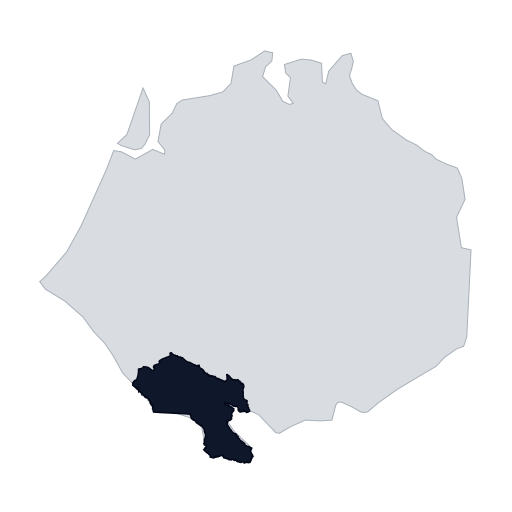 Kailahun, Eastern, Sierra Leone (highlighted), rotated 93°
{"feature_id": "65957751B248885957650", "entity_name": "Kailahun", "entity_type": "district", "adm_level": 2, "iso_a3": "SLE", "parent_name": "Sierra Leone", "parent_adm1": "Eastern", "projection": "orthographic", "projection_center": [-10.677, 8.06], "detail": "fine", "context": "in_parent", "style": "filled", "palette": "ink", "viewbox_px": 512, "rotation_deg": 93, "n_neighbors": 0, "source": "geoboundaries", "source_scale": "gbopen_adm2", "svg_char_len": 7683}
<svg xmlns="http://www.w3.org/2000/svg" viewBox="0 0 512 512"><g transform="rotate(93 256 256)"><path d="M461.7,251.4L461.3,255.7L457.4,275.6L451.2,292.7L447.1,296.9L429.6,301.4L422.2,308.9L415.7,333.2L411.6,352.3L405.6,355.5L379.8,383.0L363.0,393.5L351.2,402.4L340.1,414.1L326.1,425.5L311.0,444.6L300.2,464.5L292.9,470.7L287.4,465.1L261.8,445.3L234.8,432.1L177.4,409.9L158.2,403.6L159.0,395.8L165.6,381.6L155.0,364.7L159.2,352.6L155.0,352.6L146.8,359.9L129.2,357.6L117.7,347.1L108.2,343.2L104.1,337.9L98.2,310.3L93.9,297.8L85.1,290.0L67.5,288.0L60.4,271.1L50.7,258.0L52.3,249.9L60.3,250.4L66.5,256.3L76.5,258.8L89.1,244.7L100.3,237.2L102.9,230.5L101.6,226.8L94.7,232.5L76.2,230.9L71.6,236.0L63.3,237.6L57.0,221.0L57.4,211.3L60.1,200.6L78.8,198.8L80.4,195.4L67.5,193.0L51.4,180.4L48.6,171.8L56.6,169.0L64.3,170.3L70.9,172.2L78.1,169.2L84.9,164.5L89.0,158.5L94.6,142.4L112.1,137.0L122.5,127.2L132.3,111.9L136.9,101.1L141.0,95.7L143.5,91.1L145.5,85.9L149.9,81.3L154.5,69.9L157.7,59.5L167.8,54.5L188.4,50.2L206.9,57.8L237.0,51.3L238.6,41.6L266.1,41.5L298.7,41.4L325.9,41.3L335.2,43.9L338.5,51.2L347.5,62.6L356.8,70.5L368.3,87.9L381.8,108.0L396.3,126.3L405.7,136.2L406.8,139.6L406.1,143.5L401.5,152.8L397.5,162.8L397.9,166.6L400.7,168.5L415.9,171.6L417.3,182.8L417.3,198.2L424.7,212.7L431.8,223.3L431.4,227.0L414.2,245.2L407.5,263.2L404.1,268.2L402.7,272.2L406.2,274.1L410.9,272.9L417.6,274.4L423.9,275.0L432.4,268.5L446.4,252.0L451.1,249.9L461.7,251.4ZM152.7,396.6L150.7,400.2L141.5,391.3L94.2,377.6L107.6,370.6L140.5,368.6L150.3,372.8L154.7,376.3L156.3,382.9L152.7,396.6Z" fill="#d9dde1" stroke="#a8b0b8" stroke-width="1"/><path d="M389.9,372.2L391.5,372.3L391.8,372.0L391.9,371.6L392.3,371.3L392.8,370.4L393.9,369.4L394.1,368.6L393.9,367.0L395.0,368.0L395.8,366.6L396.7,366.2L397.9,365.9L397.4,365.0L399.1,363.0L399.6,363.1L399.9,362.2L400.7,362.4L400.6,361.2L402.0,360.1L401.7,359.6L402.4,359.5L402.2,358.9L403.1,358.8L403.0,358.0L403.6,357.4L403.3,356.6L404.6,355.4L405.0,355.7L405.0,355.0L405.7,355.0L405.6,354.6L405.9,354.4L406.4,354.7L407.3,353.5L407.9,354.0L408.1,353.8L408.6,353.8L408.6,353.4L409.7,353.1L410.2,351.5L410.7,352.1L411.2,351.5L412.0,351.3L412.1,350.8L413.1,351.3L414.1,351.3L414.8,350.7L416.0,350.6L417.2,350.1L417.3,344.2L417.3,316.9L417.5,313.2L418.6,313.1L419.2,312.7L421.6,312.1L423.0,310.2L423.4,308.9L424.4,307.4L425.4,307.1L425.6,306.5L426.0,306.2L426.0,305.7L426.9,304.8L427.1,303.8L427.6,303.7L427.8,302.7L428.7,301.9L428.2,301.3L428.6,300.8L429.7,300.3L432.0,298.6L434.0,298.4L434.1,297.9L435.2,297.9L435.5,297.8L435.6,297.5L437.0,296.9L438.0,297.1L439.0,296.7L439.7,297.3L441.0,297.3L441.5,297.9L442.1,298.0L445.4,297.9L446.0,298.2L446.2,297.7L446.6,297.7L447.2,297.9L447.4,297.7L446.9,297.0L447.3,296.8L447.6,296.1L447.8,296.0L448.3,296.0L448.6,295.6L449.0,295.8L449.4,295.7L449.9,296.4L450.3,296.4L450.1,296.7L451.3,297.5L451.7,297.6L452.2,298.0L452.4,297.4L453.0,297.2L453.3,296.9L454.4,295.6L454.5,295.1L455.0,294.8L455.1,294.4L455.5,294.0L455.7,293.3L456.7,292.6L456.6,292.1L456.8,291.6L457.4,291.6L458.0,291.2L459.1,291.3L459.4,290.5L459.4,290.0L459.5,289.2L459.9,288.3L459.8,287.5L459.0,286.0L458.9,285.2L458.2,285.2L458.2,284.2L458.6,283.6L458.1,283.5L457.9,282.1L457.6,281.6L457.1,280.0L456.7,279.3L457.3,278.9L457.4,278.4L458.0,278.4L459.3,277.5L459.0,276.5L459.5,276.3L459.9,274.5L459.8,274.1L460.2,273.7L459.8,273.1L460.2,272.9L460.2,272.4L460.9,272.2L460.9,271.2L460.4,270.8L460.9,269.8L460.2,269.3L460.3,268.0L460.7,267.9L461.3,266.9L460.9,265.5L461.3,265.2L461.6,264.4L462.0,264.3L462.4,263.7L462.2,262.8L462.4,262.5L462.2,262.1L462.7,261.9L462.8,261.0L463.0,260.2L462.3,259.6L462.0,259.0L463.4,256.9L462.7,255.9L462.9,255.4L462.0,254.1L462.6,253.9L462.8,252.8L462.4,251.2L461.9,251.3L460.7,250.3L460.3,250.3L459.9,250.7L459.8,250.4L459.1,250.3L459.1,250.0L458.6,249.9L458.4,249.6L457.3,249.7L457.3,249.3L456.5,248.5L456.0,248.5L455.8,249.0L454.4,249.3L454.0,250.2L453.2,250.2L451.5,251.6L451.1,251.3L449.9,251.0L448.5,250.2L447.9,250.3L447.5,251.9L447.1,252.2L446.5,253.7L446.5,255.0L446.0,255.7L445.7,256.6L444.6,257.5L443.9,257.5L443.3,258.2L442.4,259.8L441.7,260.6L441.5,261.3L440.9,261.9L440.5,262.4L439.2,263.3L438.9,263.8L438.5,264.2L437.7,264.5L437.1,264.5L437.1,265.4L436.1,265.7L435.1,266.4L434.5,267.3L435.0,268.1L434.0,268.8L433.8,269.5L432.2,271.2L431.2,271.6L430.6,272.6L428.6,273.9L427.6,274.7L426.7,275.2L426.2,276.1L425.1,275.8L424.1,276.5L423.6,275.7L423.2,275.6L422.8,276.3L422.2,275.9L421.8,275.1L421.8,274.4L421.5,273.4L421.0,272.8L419.8,271.8L417.9,272.2L417.1,271.5L416.7,271.5L415.9,272.0L415.0,272.0L412.7,271.4L412.6,270.8L411.3,270.0L410.6,270.4L410.0,270.1L409.6,270.2L409.1,271.5L408.0,272.5L407.9,273.5L407.5,275.0L407.1,274.9L406.7,275.0L406.1,278.0L406.4,278.9L405.6,279.2L405.0,279.6L404.1,279.8L404.5,278.4L404.8,278.2L404.5,277.2L404.7,276.5L405.2,275.9L404.6,275.1L405.6,273.7L405.6,273.0L406.2,272.2L407.3,270.2L407.3,267.2L407.8,266.3L408.8,266.0L409.3,265.4L410.1,265.8L411.5,265.4L411.5,264.7L412.5,264.1L412.7,263.6L412.0,261.6L412.0,260.7L411.8,260.0L411.1,259.9L411.7,259.5L412.1,257.7L412.7,257.3L412.3,256.5L412.5,256.0L412.2,255.7L411.2,254.1L410.2,254.5L409.7,255.0L408.1,255.4L406.9,256.2L404.8,256.4L404.6,257.4L401.0,257.3L400.5,258.3L400.2,259.6L398.5,261.2L396.9,261.3L395.2,261.6L393.3,261.6L390.0,262.1L387.5,261.3L386.5,261.4L385.3,261.7L384.0,262.7L384.5,263.6L384.5,264.4L383.1,264.3L382.9,264.8L381.8,265.7L381.8,266.2L381.5,266.7L380.5,267.4L380.4,267.8L380.9,269.3L380.6,271.2L380.8,272.1L381.2,272.0L380.5,273.2L379.9,273.6L379.3,274.6L376.8,276.9L376.4,277.9L375.9,278.4L376.0,279.0L376.4,279.0L377.0,278.7L377.3,278.8L377.7,278.6L378.5,278.7L379.2,278.3L379.6,278.5L381.1,278.1L381.5,278.4L381.8,279.3L382.0,279.5L382.6,279.5L382.8,279.7L382.7,280.8L383.0,280.9L382.8,281.7L382.5,282.0L382.6,282.5L382.3,282.7L382.7,282.9L381.7,283.8L381.5,284.7L381.6,285.0L381.0,285.6L380.6,286.6L380.9,286.9L380.5,287.0L380.9,287.6L380.3,288.0L380.4,288.5L380.2,288.7L380.4,289.1L380.3,289.4L379.9,289.3L379.3,289.9L379.1,290.0L379.0,290.3L378.7,290.3L378.4,290.8L378.9,291.5L378.8,292.0L378.4,292.2L378.5,292.7L378.3,292.7L378.1,293.0L378.2,293.3L378.1,293.5L378.3,293.6L377.9,294.5L378.5,294.7L378.6,295.0L378.4,295.2L378.6,295.5L378.2,295.7L378.4,295.9L378.4,296.2L378.0,296.1L377.3,297.0L377.0,297.0L376.8,297.9L376.8,298.3L376.3,298.4L376.1,298.9L375.8,299.0L376.2,299.5L375.9,300.2L375.0,300.8L374.8,301.2L374.5,301.5L373.9,301.7L373.4,302.3L372.8,302.6L372.3,303.2L371.5,304.3L371.7,304.7L371.3,304.8L370.6,306.2L369.9,306.7L368.5,306.9L368.1,307.2L369.0,307.9L368.3,308.4L368.5,308.9L369.1,309.2L369.3,309.4L367.9,311.2L368.1,311.4L367.7,312.6L367.3,313.3L367.2,313.7L366.8,314.2L366.2,315.7L365.6,316.8L365.8,317.6L364.8,320.0L364.4,320.4L363.9,321.6L363.3,321.8L362.5,323.2L362.2,323.9L361.8,323.7L361.5,324.0L361.8,324.7L360.9,325.8L360.8,326.2L361.0,326.7L360.7,328.0L360.7,328.8L360.3,329.2L359.8,329.2L359.7,329.5L360.0,330.4L359.9,330.9L359.4,331.3L359.1,332.9L358.4,334.2L357.5,334.9L357.1,335.5L357.1,336.1L357.5,336.7L358.0,336.8L359.0,336.5L359.3,335.8L359.6,335.8L360.0,336.2L361.4,338.7L362.0,340.5L362.4,341.0L363.7,344.1L365.6,346.8L366.5,347.2L368.0,346.5L368.6,347.2L369.2,348.6L369.7,350.1L370.6,351.9L370.9,351.7L371.2,351.7L371.7,352.3L371.9,351.9L372.7,352.4L372.9,352.4L372.9,351.8L373.3,351.1L373.7,351.5L374.1,351.4L374.7,351.9L375.0,351.8L375.6,352.1L375.7,354.0L374.9,354.8L374.3,355.8L373.5,356.8L373.0,357.8L372.5,360.0L372.5,362.5L373.1,363.2L374.3,364.0L375.0,367.3L375.8,367.4L378.2,367.3L381.4,367.6L384.7,368.4L385.4,368.7L386.0,369.1L386.9,370.9L388.3,371.7L389.2,372.5L389.9,372.2Z" fill="#0f172a" stroke="#020617" stroke-width="1.5"/></g></svg>